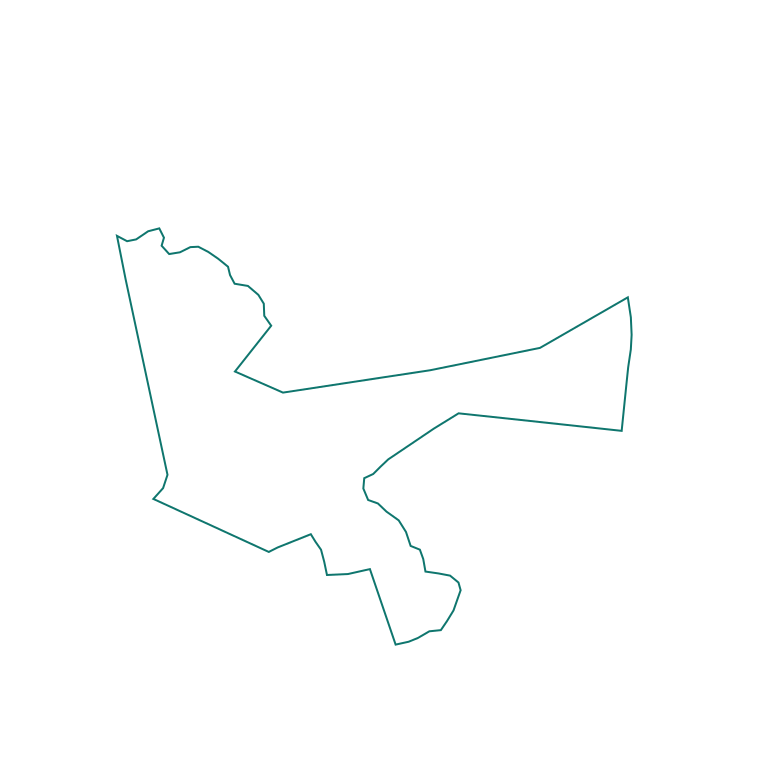 Caiçara, Paraíba, Brazil, rotated 65°
{"feature_id": "56859067B64465430989239", "entity_name": "Caiçara", "entity_type": "district", "adm_level": 2, "iso_a3": "BRA", "parent_name": "Brazil", "parent_adm1": "Paraíba", "projection": "mercator", "projection_center": [-35.407, -6.583], "detail": "fine", "context": "isolated", "style": "outline", "palette": "teal", "viewbox_px": 768, "rotation_deg": 65, "n_neighbors": 0, "source": "geoboundaries", "source_scale": "gbopen_adm2", "svg_char_len": 1089}
<svg xmlns="http://www.w3.org/2000/svg" viewBox="0 0 768 768"><g transform="rotate(65 384 384)"><path d="M408.5,126.4L417.2,227.4L414.7,237.7L391.0,336.5L378.2,380.0L349.1,479.2L309.7,513.8L283.5,461.6L271.6,463.7L260.4,459.0L250.1,460.2L237.6,465.9L230.0,477.0L220.2,477.5L211.8,475.8L200.3,481.4L190.1,487.4L181.1,494.3L178.1,501.7L178.4,513.3L175.4,523.8L164.7,527.1L158.4,521.6L148.0,521.9L145.9,533.2L148.2,547.5L146.0,556.5L136.9,563.4L179.8,573.9L374.8,618.6L385.0,628.2L390.7,641.6L487.5,559.4L487.2,549.5L489.2,513.8L497.9,512.8L507.6,511.1L519.8,513.3L533.0,516.4L541.0,497.0L545.8,475.0L625.1,483.6L628.0,470.6L628.5,460.7L627.3,447.4L631.1,436.5L625.5,427.1L618.6,416.7L609.3,407.6L603.3,401.7L595.4,400.4L585.6,405.1L578.7,414.7L571.5,425.7L559.2,422.4L549.3,421.5L542.0,428.3L527.4,426.6L513.8,428.3L500.7,435.7L489.7,440.0L482.4,447.4L470.0,446.9L461.0,441.7L461.0,431.8L457.5,422.2L454.1,412.0L445.5,357.7L442.1,328.8L496.0,239.5L526.9,188.4L485.0,163.4L472.0,155.6L457.0,145.7L444.1,138.8L427.9,132.1L408.5,126.4Z" fill="none" stroke="#0f766e" stroke-width="2"/></g></svg>